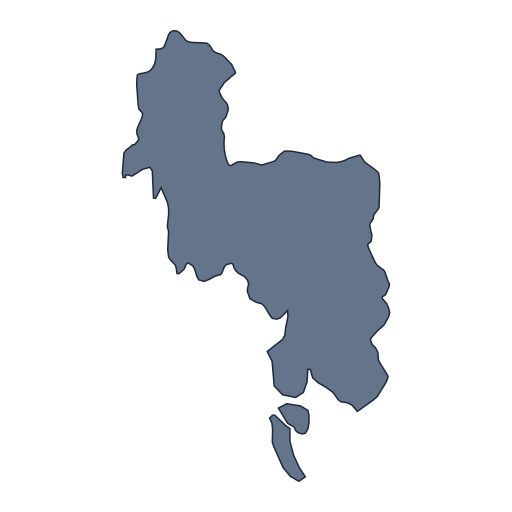 the Province of Krabi
{"feature_id": "THA-382", "entity_name": "Krabi", "entity_type": "Province", "adm_level": 1, "iso_a3": "THA", "parent_name": "Thailand", "parent_adm1": "", "projection": "orthographic", "projection_center": [99.002, 8.071], "detail": "fine", "context": "isolated", "style": "filled", "palette": "slate", "viewbox_px": 512, "rotation_deg": 0, "n_neighbors": 0, "source": "natural_earth", "source_scale": "10m", "svg_char_len": 3999}
<svg xmlns="http://www.w3.org/2000/svg" viewBox="0 0 512 512"><path d="M356.8,411.2L356.5,410.3L352.0,405.1L347.1,402.7L341.2,401.9L338.2,399.7L333.1,392.5L325.7,387.1L318.5,383.0L312.7,377.9L310.2,369.3L307.8,369.3L307.0,382.1L303.4,392.4L295.7,397.5L282.6,394.8L274.2,385.9L272.1,361.3L267.2,351.5L282.6,339.4L284.9,335.0L285.6,328.0L287.9,316.8L287.6,310.5L280.5,317.8L276.9,319.1L272.3,318.4L270.4,316.2L264.7,306.7L262.0,303.9L256.0,302.2L250.0,298.8L247.3,291.3L247.7,287.5L248.4,285.2L248.5,283.1L247.3,280.0L244.7,276.7L238.7,273.4L235.8,270.9L233.7,267.0L233.1,264.4L231.6,263.3L226.9,264.4L224.5,266.5L221.8,273.2L220.6,274.6L214.9,276.2L209.4,279.3L204.1,281.4L198.9,279.9L197.1,277.1L194.5,268.8L192.7,265.7L188.1,262.9L186.0,264.4L185.0,267.5L183.8,269.5L179.0,273.7L177.0,273.6L176.2,268.2L175.2,264.9L170.4,260.0L168.6,257.0L167.7,249.8L168.6,231.5L167.3,226.5L168.6,214.6L168.6,208.1L167.4,202.3L161.1,187.7L155.8,198.2L153.5,198.2L152.3,171.0L149.8,167.3L142.7,169.3L132.0,176.1L128.1,175.0L125.6,175.0L125.6,177.5L123.1,177.5L122.3,173.1L123.9,153.3L125.9,150.2L131.9,145.7L132.4,144.8L132.5,144.8L134.6,144.6L138.5,140.1L138.5,138.9L138.4,137.4L137.0,134.3L136.7,130.5L137.9,126.8L141.1,119.7L142.3,116.3L142.6,113.9L142.1,112.8L141.4,111.8L139.7,110.1L139.0,109.1L138.2,105.4L136.7,84.7L136.9,78.6L137.4,74.9L138.5,74.2L139.7,73.8L145.4,72.7L147.9,71.9L150.1,70.7L151.3,69.5L152.6,67.6L154.6,64.1L155.8,58.5L156.1,49.2L160.2,48.9L162.8,47.9L163.7,47.1L164.3,46.1L164.9,44.9L168.5,34.9L169.8,32.8L170.7,32.0L171.8,31.3L173.0,30.9L174.3,30.7L175.8,30.9L177.2,31.2L178.7,32.1L180.4,33.6L185.4,39.8L186.3,40.7L187.6,41.4L189.2,42.0L192.0,42.4L205.6,43.0L207.3,43.4L208.9,44.6L211.0,47.3L212.9,50.6L214.1,51.6L215.7,52.6L220.9,54.3L222.6,55.4L224.4,56.9L231.7,64.5L234.3,70.0L235.0,71.1L235.4,72.0L235.4,73.0L234.7,73.9L233.8,74.6L232.7,75.3L230.8,76.8L229.2,78.5L224.5,82.4L219.8,89.4L219.3,90.5L219.3,91.9L219.7,93.0L221.9,97.5L224.0,100.3L226.0,102.4L227.0,104.0L227.6,105.4L228.0,106.6L228.1,108.0L228.1,109.6L227.9,111.1L226.1,116.3L224.9,118.4L223.2,120.1L222.6,121.2L222.1,122.4L221.5,126.8L221.5,128.3L221.7,129.7L222.1,130.8L223.4,132.9L223.9,134.1L224.4,136.8L224.0,142.8L224.2,149.0L225.2,154.9L226.6,160.1L227.5,162.6L228.8,164.8L229.8,165.4L231.1,165.5L236.7,162.3L237.9,161.9L240.7,161.7L253.7,162.9L257.5,163.8L261.1,165.0L262.5,164.8L272.6,161.8L274.8,160.9L276.0,159.9L278.7,155.8L279.6,154.9L284.3,151.2L287.4,151.1L292.2,151.3L308.2,154.3L311.0,155.4L312.8,157.3L313.8,158.0L326.7,162.0L328.8,162.2L336.4,162.4L340.0,161.9L344.2,160.7L349.2,158.2L360.1,155.0L364.5,161.7L365.7,162.8L374.3,169.1L377.6,171.9L378.6,173.2L379.3,177.3L379.8,183.5L379.1,207.2L378.4,208.8L375.4,212.8L374.4,213.9L374.0,214.5L373.8,215.1L373.0,219.2L372.2,220.4L370.8,222.4L370.1,223.5L369.8,224.6L370.6,230.1L371.9,235.0L371.5,239.2L371.2,241.1L370.2,242.4L367.8,244.1L368.0,246.2L369.2,249.6L375.2,262.3L376.8,264.8L380.5,267.9L382.5,269.2L383.5,270.0L384.3,270.9L384.9,272.0L388.3,281.8L389.1,283.1L389.4,284.4L389.2,286.3L386.8,292.2L385.9,293.9L385.2,295.0L384.1,295.7L382.9,296.2L382.3,297.3L382.2,298.4L386.8,303.7L388.6,308.2L389.7,312.4L389.2,314.7L388.4,317.3L384.4,324.3L383.1,325.9L377.7,330.6L371.2,337.7L370.7,338.9L370.6,340.6L371.7,343.4L372.6,344.9L373.7,346.0L374.5,346.7L375.3,347.6L376.0,348.6L377.1,350.8L377.6,352.1L378.0,353.4L378.4,359.5L379.3,361.9L387.6,375.4L388.0,376.6L387.5,378.9L386.1,382.2L377.3,396.5L373.1,400.2L358.0,410.9L357.0,411.1L356.8,411.2ZM274.8,415.2L286.2,426.1L289.9,428.4L290.0,441.7L293.7,455.4L299.4,467.7L305.3,476.8L298.9,481.3L290.4,476.4L283.0,467.5L273.5,446.0L272.3,442.3L272.6,429.4L271.9,423.2L269.5,418.0L270.5,417.2L270.9,416.9L271.4,416.5L272.3,415.2L274.8,415.2ZM307.8,410.3L309.0,415.2L309.0,422.3L307.8,429.2L305.3,433.3L302.1,433.9L298.8,433.0L296.3,431.3L295.2,429.6L294.3,427.2L292.2,425.8L289.7,424.6L287.6,423.3L278.4,408.1L286.7,403.7L300.5,405.9L307.8,410.3Z" fill="#64748b" stroke="#1e293b" stroke-width="1.5"/></svg>